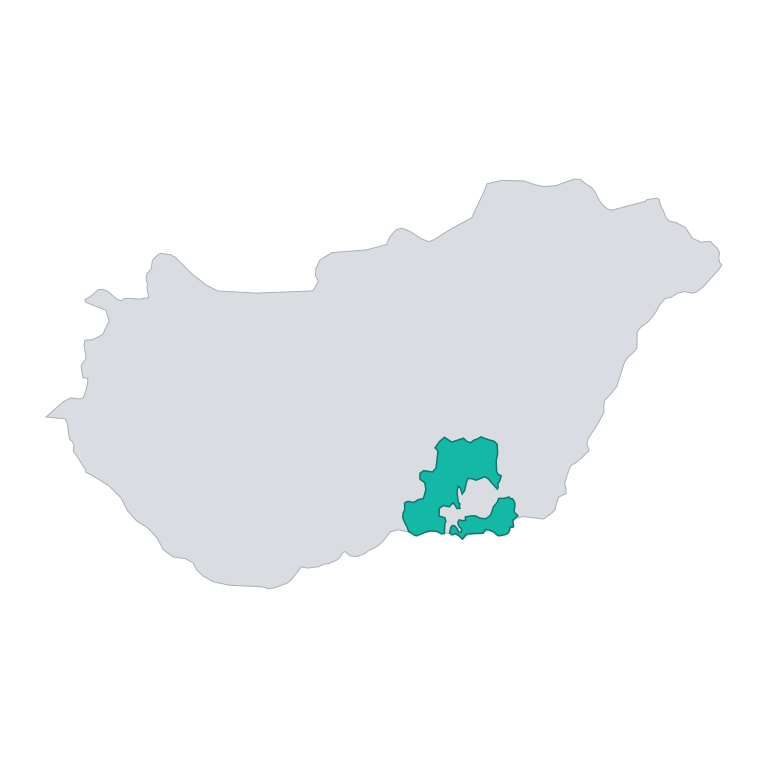 Hungary, with Csongrád highlighted
{"feature_id": "HUN-3172", "entity_name": "Csongrád", "entity_type": "County", "adm_level": 1, "iso_a3": "HUN", "parent_name": "Hungary", "parent_adm1": "", "projection": "albers", "projection_center": [20.284, 46.456], "detail": "fine", "context": "in_parent", "style": "filled", "palette": "teal", "viewbox_px": 768, "rotation_deg": 0, "n_neighbors": 0, "source": "natural_earth", "source_scale": "10m", "svg_char_len": 4577}
<svg xmlns="http://www.w3.org/2000/svg" viewBox="0 0 768 768"><path d="M647.1,199.6L656.3,198.2L656.7,198.3L659.0,199.0L660.7,205.8L660.9,206.2L663.3,210.6L665.6,216.6L668.9,221.0L676.2,222.6L685.8,227.9L692.2,238.2L701.5,242.3L702.2,242.4L704.0,241.8L710.6,241.3L711.9,243.3L717.4,248.3L719.6,252.7L718.7,257.5L719.8,262.9L721.9,264.7L719.6,268.5L702.9,287.1L696.3,292.1L691.8,293.3L684.7,291.5L677.5,293.2L671.1,297.3L665.1,298.6L660.7,303.4L655.0,313.4L648.0,321.9L640.7,327.3L637.1,332.0L637.0,348.1L633.0,352.8L627.6,357.6L624.7,361.7L616.8,386.3L610.6,394.3L604.7,400.4L603.8,405.9L604.0,412.2L597.3,424.8L588.5,438.0L586.9,443.4L589.0,450.5L580.4,459.0L575.5,463.0L571.4,465.0L568.8,470.2L564.7,482.9L565.9,488.6L566.1,493.8L558.8,496.9L556.7,502.6L554.9,509.7L551.8,513.0L543.6,519.0L523.0,516.6L515.2,518.6L512.9,522.9L512.4,526.2L509.9,529.4L505.2,533.5L500.4,535.3L489.6,530.4L466.5,535.4L462.5,539.0L459.3,536.4L454.3,534.1L431.2,531.1L422.1,533.4L409.9,532.4L398.6,529.8L390.2,531.8L382.6,541.7L378.9,545.0L376.0,547.1L369.5,550.2L364.2,553.9L357.0,556.5L350.7,556.0L344.7,551.6L342.6,552.6L340.6,556.5L337.3,559.8L328.2,563.8L326.0,563.7L325.4,563.7L318.5,566.7L307.1,568.1L301.4,566.8L290.8,580.4L287.5,582.9L277.6,586.9L269.4,588.8L262.5,587.0L259.8,586.7L229.1,585.2L213.1,581.7L203.0,576.0L196.4,569.7L193.3,563.0L185.5,558.7L173.0,556.8L163.4,549.8L156.9,537.7L147.9,528.0L136.3,520.6L127.3,510.5L120.8,497.6L108.8,485.8L91.3,474.9L86.0,472.4L85.1,469.1L76.9,456.2L73.4,451.4L74.0,445.2L72.4,441.6L69.4,439.0L68.1,430.0L67.4,423.3L65.1,418.8L46.1,417.0L62.9,401.9L71.0,397.8L80.2,399.1L83.2,397.8L84.1,395.5L86.0,390.4L87.0,385.5L88.0,380.9L87.1,378.3L82.7,377.3L81.1,365.8L83.6,361.6L86.1,358.7L83.9,344.8L85.0,340.1L92.2,339.7L98.2,337.0L103.2,333.9L104.8,329.7L109.1,321.2L106.0,310.3L85.8,302.4L84.8,299.7L89.7,296.9L95.0,292.8L98.1,289.6L102.1,289.3L107.6,291.2L117.1,299.4L120.9,300.7L124.6,298.6L128.6,298.3L139.5,299.1L148.8,297.7L147.1,289.3L147.3,283.3L146.0,278.5L147.2,273.3L151.0,269.3L152.5,260.2L158.5,254.2L161.2,253.4L171.3,254.9L173.6,256.6L175.1,257.0L190.6,272.8L205.5,284.7L217.8,291.0L236.1,292.0L255.6,293.1L288.3,291.9L312.8,290.9L314.5,288.1L318.3,281.4L315.5,275.5L315.8,268.6L320.1,259.8L332.2,252.6L366.8,249.8L386.6,244.5L389.7,237.0L396.3,229.6L402.3,228.2L410.5,231.6L420.3,238.3L429.0,241.8L434.1,239.6L451.6,228.6L471.7,217.8L485.4,188.5L486.9,183.8L501.7,180.4L523.5,180.9L534.7,184.6L543.1,186.5L555.6,185.7L573.7,179.2L580.4,179.3L585.6,183.7L591.4,187.4L595.3,192.0L598.3,198.6L599.9,201.1L602.5,204.4L607.2,209.0L611.7,210.2L645.1,201.4L647.1,199.6Z" fill="#d9dde1" stroke="#a8b0b8" stroke-width="1"/><path d="M416.6,535.8L414.8,535.4L408.6,531.4L407.1,527.1L404.6,522.3L402.7,517.2L403.1,513.1L404.6,510.0L404.7,506.7L404.5,503.2L406.6,501.7L408.9,501.4L411.7,502.3L414.6,502.1L417.5,500.0L420.6,499.0L422.8,499.1L424.1,496.2L425.9,489.5L424.8,482.7L420.0,479.3L419.9,473.3L423.7,470.6L432.5,472.0L436.0,468.1L437.9,452.1L437.1,449.5L435.0,447.9L439.4,441.7L444.4,437.3L451.8,442.1L463.4,438.2L467.0,441.6L470.7,442.7L473.9,440.1L477.4,439.0L480.8,436.9L489.0,439.9L494.0,441.2L497.2,444.2L497.6,453.5L496.2,460.5L496.6,471.5L498.2,474.4L501.2,475.7L499.9,480.5L497.7,484.2L498.3,487.2L497.3,489.1L495.3,486.8L491.8,483.0L488.4,479.0L484.8,476.7L476.1,480.2L471.7,478.7L468.1,478.4L466.5,481.9L464.6,490.6L462.2,494.0L460.4,488.0L458.1,486.3L457.1,491.2L457.2,494.7L457.8,497.8L458.1,501.2L458.6,502.7L459.9,503.8L459.4,506.2L460.0,508.4L456.9,508.5L454.9,504.8L452.9,502.8L449.3,506.8L443.4,505.6L439.4,508.2L439.0,516.0L444.9,517.7L445.9,521.5L444.9,523.2L444.3,533.6L441.5,533.9L437.2,531.5L430.7,530.8L426.6,531.7L425.0,532.4L416.6,535.8ZM517.9,516.1L517.0,516.6L513.1,519.9L512.6,520.7L512.7,522.1L513.6,525.4L513.6,526.6L512.8,527.4L511.9,527.2L510.9,526.9L510.1,527.2L509.6,528.3L509.6,530.1L509.5,530.4L509.0,531.8L507.5,533.6L505.5,534.6L499.7,535.8L499.0,535.8L497.7,535.4L496.7,534.7L493.8,532.0L489.7,530.3L485.6,529.3L483.1,533.3L466.7,533.8L462.6,539.1L457.1,534.3L455.2,533.6L452.7,534.8L451.9,534.9L451.2,534.5L450.1,533.0L449.6,532.6L450.9,527.3L452.3,525.5L454.7,525.8L457.1,528.7L458.9,532.5L461.3,531.9L461.5,528.7L459.5,527.0L458.1,524.4L457.9,522.1L459.1,519.9L462.6,520.6L465.5,520.4L465.3,516.9L471.1,515.9L475.5,515.9L479.9,518.2L485.9,518.8L490.7,515.0L493.4,506.9L497.0,502.6L498.7,498.4L503.8,498.4L509.1,497.0L510.1,498.7L512.1,498.5L513.8,500.6L515.0,503.5L514.8,506.9L514.0,510.5L514.8,512.8L516.7,514.3L517.9,516.0L517.9,516.1Z" fill="#14b8a6" stroke="#0f766e" stroke-width="1.5"/></svg>